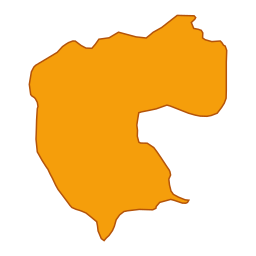 Shibin al-Kum, Al Minufiyah, Egypt
{"feature_id": "37247803B46387157880741", "entity_name": "Shibin al-Kum", "entity_type": "district", "adm_level": 2, "iso_a3": "EGY", "parent_name": "Egypt", "parent_adm1": "Al Minufiyah", "projection": "orthographic", "projection_center": [31.014, 30.556], "detail": "fine", "context": "isolated", "style": "filled", "palette": "amber", "viewbox_px": 256, "rotation_deg": 0, "n_neighbors": 0, "source": "geoboundaries", "source_scale": "gbopen_adm2", "svg_char_len": 1777}
<svg xmlns="http://www.w3.org/2000/svg" viewBox="0 0 256 256"><path d="M202.6,37.9L202.8,32.9L201.2,30.3L199.6,29.8L198.7,29.4L193.7,28.4L191.3,22.5L194.8,19.2L195.7,17.6L194.9,16.7L194.1,15.8L177.2,15.4L172.0,19.4L161.7,27.5L153.1,32.3L150.4,34.6L146.2,38.0L136.1,36.9L118.5,32.2L109.1,37.8L98.9,39.2L95.4,44.2L91.9,48.3L86.0,48.1L81.1,45.5L76.2,41.8L75.3,41.1L72.8,41.0L68.5,42.6L65.9,44.2L62.5,46.6L57.2,52.4L35.8,65.2L34.0,66.9L33.1,68.5L31.4,71.8L29.3,84.4L30.0,89.5L30.7,94.5L31.7,95.8L34.4,97.6L34.8,98.1L35.0,98.3L35.3,98.6L37.3,102.3L38.0,106.5L37.3,108.7L36.6,119.9L36.4,127.5L36.2,134.2L36.0,139.2L37.3,151.9L42.1,160.4L45.4,165.6L47.0,168.0L47.8,169.0L50.2,174.1L52.5,178.4L55.7,185.2L58.1,189.5L67.8,202.4L69.9,205.3L71.9,207.5L76.0,209.3L79.4,210.3L81.9,211.2L86.0,213.0L89.3,215.6L96.7,221.7L97.5,225.9L98.1,231.0L101.3,238.6L104.1,240.6L106.4,237.9L109.0,235.5L112.5,230.5L114.3,226.4L116.2,219.7L119.7,214.8L124.0,211.5L126.1,211.1L127.4,210.8L139.3,209.4L146.0,209.6L152.7,209.8L155.9,208.3L156.2,206.5L159.7,202.4L170.7,199.4L174.1,200.3L182.4,203.1L185.8,203.2L187.5,202.4L188.8,200.2L185.1,199.8L178.4,197.1L173.4,194.4L171.0,191.0L169.5,185.0L168.8,179.1L170.6,175.0L169.9,171.6L169.1,169.9L166.7,166.4L161.1,157.9L157.0,151.9L153.8,147.6L147.2,143.2L142.1,143.1L140.4,143.0L138.8,142.1L138.4,140.5L137.3,136.2L137.5,130.3L136.8,125.2L137.8,118.5L138.8,112.7L141.4,111.9L149.0,110.4L155.1,109.1L155.5,109.0L155.8,109.0L162.6,106.6L166.9,105.1L170.2,106.0L188.5,113.2L195.2,115.1L200.3,116.1L207.0,116.3L211.2,115.5L217.2,113.2L221.6,107.4L222.8,105.5L224.2,103.3L226.1,98.3L226.3,90.7L226.3,62.2L226.6,53.7L226.7,50.4L225.2,46.1L223.5,45.2L221.9,42.7L220.3,41.0L211.8,41.6L205.1,39.7L202.6,37.9Z" fill="#f59e0b" stroke="#b45309" stroke-width="1.5"/></svg>